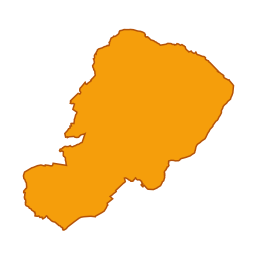 Prigoria, Gorj, Romania, rotated 177°
{"feature_id": "2599482B96975786265772", "entity_name": "Prigoria", "entity_type": "district", "adm_level": 2, "iso_a3": "ROU", "parent_name": "Romania", "parent_adm1": "Gorj", "projection": "albers", "projection_center": [23.699, 45.065], "detail": "fine", "context": "isolated", "style": "filled", "palette": "amber", "viewbox_px": 256, "rotation_deg": 177, "n_neighbors": 0, "source": "geoboundaries", "source_scale": "gbopen_adm2", "svg_char_len": 5792}
<svg xmlns="http://www.w3.org/2000/svg" viewBox="0 0 256 256"><g transform="rotate(177 128 128)"><path d="M130.9,225.6L131.6,224.8L132.2,222.9L132.6,222.4L135.7,220.3L136.4,220.1L137.3,220.5L137.5,220.2L138.5,219.4L140.1,218.7L140.8,217.3L141.4,215.6L141.8,215.0L142.3,214.6L142.0,214.4L142.0,213.9L142.5,212.1L142.4,211.9L142.8,211.3L144.3,211.3L144.5,211.5L145.2,210.9L147.5,210.4L149.5,209.4L153.2,208.5L154.5,207.5L154.7,206.7L155.3,205.9L155.9,204.9L155.8,204.2L156.0,203.3L156.7,203.8L157.7,202.3L157.8,201.6L157.7,200.5L157.8,199.6L158.1,199.2L158.9,198.8L158.3,197.8L158.4,196.9L158.1,195.8L158.3,194.6L160.1,192.0L159.9,190.6L159.2,189.0L159.2,188.0L158.5,187.2L158.3,186.5L158.1,185.5L158.2,184.5L158.0,183.5L158.0,182.2L160.5,179.7L161.6,178.8L162.1,177.9L162.7,177.7L162.4,177.1L162.5,176.9L165.7,174.9L166.9,173.7L167.6,174.0L167.7,174.3L168.1,174.5L168.1,175.1L168.4,175.9L172.5,171.4L173.7,170.3L173.9,169.9L174.1,169.3L174.2,167.8L174.2,167.5L173.5,166.7L173.3,166.0L173.9,164.8L174.4,164.4L175.1,164.9L176.0,165.2L183.9,158.3L184.1,157.9L183.7,157.6L183.6,157.3L184.4,155.8L183.3,155.3L181.1,155.3L180.7,154.9L180.2,154.7L182.1,149.5L178.2,146.5L178.6,145.0L179.6,143.8L180.4,141.1L181.2,139.3L181.2,138.0L181.8,135.3L183.6,135.6L184.6,135.5L184.8,135.1L184.4,133.0L185.9,132.9L185.7,131.2L186.3,130.7L187.3,130.4L188.6,128.6L191.4,125.8L190.8,122.1L189.1,122.3L189.0,121.6L187.3,122.3L182.3,122.4L181.5,121.6L181.1,121.5L179.7,121.2L178.0,121.3L177.7,121.4L176.7,122.7L176.2,122.8L175.8,123.4L173.8,124.0L172.1,124.2L171.2,124.6L174.5,116.1L174.8,115.9L175.7,115.7L177.8,114.5L178.7,114.2L179.0,114.3L180.4,113.8L181.2,113.2L182.9,112.8L184.1,112.2L184.7,112.2L185.9,112.6L186.3,112.8L186.7,113.4L188.4,112.6L190.4,112.6L190.9,112.9L191.9,112.9L192.6,112.7L193.8,111.7L194.4,111.6L194.5,111.2L194.9,110.9L195.7,110.5L196.6,110.5L196.9,110.4L197.6,108.9L197.0,108.1L196.3,108.1L195.4,108.7L193.8,107.7L194.1,104.0L193.8,103.2L193.1,102.8L192.1,101.4L192.2,99.1L191.8,97.4L191.7,95.1L191.4,93.9L204.6,96.7L205.0,95.2L205.7,94.3L206.1,94.2L207.5,94.3L209.1,94.8L212.5,95.4L212.6,94.6L213.7,94.6L216.9,95.6L220.4,95.1L224.7,93.6L226.1,93.3L233.6,89.4L234.8,86.3L234.9,85.3L234.6,82.9L233.7,81.9L233.1,79.7L232.4,78.8L232.3,75.7L232.2,74.9L232.5,74.3L232.3,73.8L232.7,73.0L233.4,72.7L234.3,71.6L235.2,70.8L235.4,70.3L235.6,69.4L235.5,68.9L234.6,69.1L234.0,68.7L234.6,66.9L234.6,66.0L234.8,65.5L234.9,64.6L235.2,64.4L234.9,63.8L235.0,62.9L234.7,62.2L234.2,62.1L234.3,61.8L234.1,61.5L233.9,60.4L234.3,59.4L234.0,59.0L234.4,58.6L234.3,58.1L234.4,56.8L233.7,55.7L231.5,54.6L231.1,54.1L231.0,53.5L230.4,52.9L229.7,52.7L229.0,52.2L228.9,51.8L228.4,51.0L225.4,48.8L225.8,48.2L225.0,47.6L225.4,45.7L225.1,45.6L225.3,45.0L223.0,44.6L221.6,44.8L221.3,44.2L220.6,43.3L219.5,43.5L218.4,43.3L218.6,42.9L217.8,41.7L215.4,43.1L214.1,44.5L213.1,43.9L212.7,42.5L211.2,41.4L209.3,39.3L207.8,38.4L206.0,37.9L205.0,37.2L204.7,36.7L203.6,35.7L203.0,35.4L202.7,34.7L201.9,34.1L200.8,33.8L200.2,32.8L199.4,32.2L198.6,32.0L198.6,30.5L198.4,30.1L198.3,30.3L197.8,30.1L197.5,29.5L196.9,29.6L194.9,30.7L193.3,32.5L186.7,37.1L181.4,40.6L179.4,41.4L176.7,41.7L171.5,41.8L169.7,41.8L165.3,41.1L165.2,41.6L158.7,44.8L156.1,46.3L153.8,49.6L153.1,51.2L152.2,52.1L152.3,52.3L152.5,52.3L152.7,54.0L147.0,58.1L149.5,60.6L147.0,62.2L146.2,63.0L143.4,64.9L143.1,65.2L143.6,66.2L135.5,73.1L134.1,73.9L133.5,74.7L133.6,75.0L134.2,78.1L133.0,78.3L132.8,78.2L131.0,77.2L130.2,76.3L128.6,75.6L128.1,74.8L127.9,74.7L126.4,74.6L125.3,75.0L125.2,75.2L125.3,75.5L125.1,75.8L123.7,76.9L123.2,77.8L122.7,77.4L122.4,76.6L121.4,75.7L119.4,75.7L118.7,75.4L118.5,75.0L117.2,73.9L117.2,73.2L116.1,71.4L116.8,70.7L117.3,71.2L117.9,70.5L116.7,68.9L116.2,68.5L115.3,69.9L115.0,70.0L112.0,66.4L111.2,65.8L105.9,65.2L102.3,66.5L101.1,67.3L98.5,68.7L96.8,71.6L96.6,72.4L95.2,73.4L95.0,73.8L94.5,75.4L94.2,76.0L94.2,76.3L93.9,77.1L94.0,77.3L94.1,78.4L93.8,78.6L93.7,79.4L94.0,79.7L94.1,80.0L93.7,80.9L93.9,81.1L93.9,81.4L94.1,81.9L93.8,82.7L93.0,83.7L92.5,84.0L92.4,84.4L92.0,84.7L91.7,85.6L91.1,86.1L91.0,86.9L90.4,87.2L89.9,87.3L89.1,88.5L89.3,89.2L89.3,89.7L89.5,90.4L89.4,90.8L89.1,91.2L89.3,92.1L88.9,93.0L88.5,93.0L86.8,93.5L84.4,93.3L82.4,92.7L79.2,92.7L78.2,93.2L77.3,94.2L76.3,94.7L71.9,95.6L67.2,97.0L65.5,98.2L63.1,99.5L62.5,100.5L62.4,101.4L62.0,102.1L61.2,105.3L60.5,106.7L59.9,107.6L59.2,108.3L56.5,109.9L55.5,110.9L51.7,113.2L50.7,114.7L48.7,118.5L47.2,120.5L46.2,122.3L43.2,125.2L43.0,126.3L40.7,129.2L39.7,130.3L38.5,131.0L37.7,132.0L36.7,134.0L35.4,135.7L33.9,138.3L33.8,140.6L32.4,142.8L31.9,144.4L30.6,145.9L28.3,147.6L27.0,149.3L24.1,151.5L23.7,152.9L22.6,154.9L21.5,157.6L20.4,164.8L20.9,165.5L21.0,165.8L24.6,170.5L24.6,170.8L25.3,170.7L29.5,173.2L29.7,174.7L29.9,174.8L29.7,175.2L29.7,175.4L31.1,176.6L31.8,177.0L34.4,179.3L34.7,179.1L35.6,180.0L35.2,180.3L42.5,188.7L43.2,189.4L43.6,189.6L44.0,190.1L43.9,190.4L44.2,190.9L45.8,191.6L47.0,192.6L47.1,193.4L47.0,194.3L48.4,195.4L49.9,195.6L53.1,197.1L54.7,197.6L55.4,198.1L56.3,200.2L57.2,199.3L58.2,199.1L58.7,199.3L59.5,199.9L60.8,201.0L60.9,201.5L63.3,200.8L63.6,201.3L65.0,202.6L66.3,204.2L66.6,206.1L67.4,206.6L67.5,206.9L68.2,207.4L68.8,207.5L69.1,208.0L69.8,208.5L71.2,207.9L73.5,209.4L74.1,209.4L74.6,209.7L75.8,208.6L76.6,208.7L77.1,208.5L77.4,209.0L79.5,209.2L80.0,209.8L80.8,210.1L83.8,210.4L84.4,210.3L85.3,209.7L91.4,209.0L92.5,210.3L94.3,211.3L95.4,212.3L96.6,212.8L97.7,213.8L100.6,214.8L102.7,217.2L103.1,217.2L103.2,217.7L103.9,218.1L104.2,218.2L104.8,217.8L105.2,217.8L106.1,218.9L106.2,219.3L105.9,219.7L105.8,220.3L106.3,220.9L106.4,221.7L107.8,222.7L109.0,223.3L109.7,223.4L110.1,223.8L113.1,224.3L117.6,225.9L120.6,226.3L121.9,226.2L126.8,226.5L127.3,226.4L128.7,225.9L130.9,225.6Z" fill="#f59e0b" stroke="#b45309" stroke-width="1.5"/></g></svg>